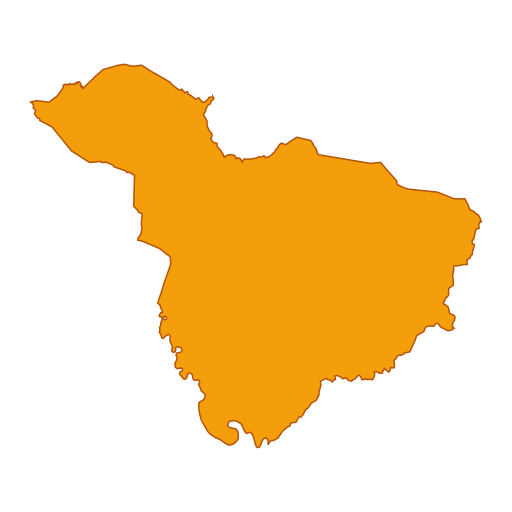 outline of Ia Pa, Gia Lai, Vietnam
{"feature_id": "81297802B8571934498047", "entity_name": "Ia Pa", "entity_type": "district", "adm_level": 2, "iso_a3": "VNM", "parent_name": "Vietnam", "parent_adm1": "Gia Lai", "projection": "natural_earth1", "projection_center": [108.51, 13.527], "detail": "fine", "context": "isolated", "style": "filled", "palette": "amber", "viewbox_px": 512, "rotation_deg": 0, "n_neighbors": 0, "source": "geoboundaries", "source_scale": "gbopen_adm2", "svg_char_len": 6022}
<svg xmlns="http://www.w3.org/2000/svg" viewBox="0 0 512 512"><path d="M268.2,444.8L269.6,442.0L270.7,440.7L273.7,440.5L278.5,437.6L279.0,435.8L280.1,435.0L282.1,431.7L287.7,426.7L289.8,426.2L290.6,423.5L292.2,422.7L295.6,422.4L296.3,421.9L298.7,417.0L299.3,416.7L300.7,417.2L301.2,417.0L302.1,415.6L303.2,414.4L305.5,409.8L308.3,407.8L311.0,403.4L316.2,400.3L319.0,394.8L319.0,391.9L321.0,385.0L320.3,381.8L321.8,380.5L326.4,378.4L327.9,379.8L330.0,379.9L332.3,382.0L333.7,380.1L335.4,379.4L335.0,375.9L336.8,375.6L337.9,375.7L341.1,377.3L342.7,378.9L345.8,377.8L348.4,380.4L351.2,381.2L355.7,378.3L357.6,375.9L358.9,375.2L359.4,375.4L361.0,377.1L361.6,379.3L362.3,379.8L366.5,378.9L367.8,379.7L369.5,379.1L371.8,379.8L372.6,379.6L373.5,378.4L374.5,375.8L374.7,373.6L374.2,372.3L374.4,371.8L376.1,371.4L379.2,373.1L382.3,373.2L382.6,372.9L382.7,370.8L383.7,369.9L384.2,368.5L388.6,372.1L389.5,371.4L390.9,367.6L394.1,367.9L394.4,366.8L394.3,362.9L393.9,360.4L396.0,358.7L397.7,355.5L401.5,355.1L403.4,354.1L405.0,352.6L407.0,352.6L408.2,352.0L409.7,352.0L415.1,340.4L416.5,336.0L420.2,333.4L423.6,331.8L424.1,331.1L424.5,329.1L426.2,326.8L428.7,326.0L433.8,326.3L435.6,323.7L436.9,323.4L437.6,323.5L439.0,324.6L440.1,326.5L440.9,326.9L441.4,327.6L444.6,328.7L445.8,329.9L447.5,330.5L449.0,330.7L452.9,329.4L453.2,328.7L454.1,328.2L452.9,327.2L452.4,326.0L452.8,322.8L454.6,320.2L455.0,317.1L454.8,316.3L453.0,314.6L451.1,314.4L449.6,313.1L448.6,308.4L447.8,306.6L445.4,304.7L443.9,304.2L443.1,302.6L444.7,301.2L445.0,299.1L445.9,297.7L447.5,296.6L448.6,294.8L448.8,293.9L448.5,291.9L448.7,289.1L449.1,288.2L452.8,285.6L453.3,285.0L453.2,279.6L452.5,275.6L453.2,274.1L453.2,272.1L453.8,269.6L453.7,266.7L454.1,265.7L454.6,265.5L456.1,265.9L457.8,265.8L463.6,264.5L467.2,264.5L467.3,263.2L466.7,260.2L469.8,258.1L470.8,256.0L472.2,254.6L472.6,250.9L473.7,248.1L474.4,244.7L474.3,244.4L472.6,243.9L472.2,243.5L472.0,241.3L473.8,238.8L475.6,230.4L477.1,228.8L479.2,228.1L478.7,225.2L479.0,223.7L480.2,222.1L481.3,221.9L479.8,217.5L478.5,215.3L472.8,210.8L470.3,210.1L469.1,207.8L467.9,204.3L466.3,201.7L465.1,198.9L454.1,198.8L437.2,192.1L408.8,189.2L404.1,187.9L397.6,184.7L397.0,184.1L396.9,181.6L396.3,180.4L385.8,168.7L380.7,162.4L370.4,163.4L318.7,154.7L317.7,154.3L317.1,151.8L315.7,148.2L313.8,146.0L312.9,143.6L310.7,140.5L298.2,137.5L296.7,137.3L288.4,142.7L286.3,144.4L285.0,144.4L281.6,143.2L280.8,143.4L278.8,145.3L278.1,147.5L276.4,148.8L274.5,152.0L271.2,155.2L269.1,156.5L265.5,157.8L264.4,156.0L263.8,155.7L262.2,156.8L258.9,156.8L256.3,158.0L251.7,159.0L244.3,159.1L243.5,159.5L242.3,161.9L240.1,158.5L238.3,157.8L236.0,158.7L235.9,157.5L235.1,156.1L233.7,155.1L229.9,154.6L227.1,155.2L224.3,157.2L222.9,153.9L220.1,149.6L217.6,147.1L217.2,145.8L217.1,143.7L216.6,143.2L213.5,142.5L212.6,141.6L211.1,139.0L211.0,138.2L212.0,135.9L211.8,133.4L209.5,131.2L207.1,126.1L207.0,120.9L204.0,115.7L203.7,114.6L203.9,113.4L205.5,111.5L205.6,109.9L207.6,105.5L210.2,103.8L211.3,101.2L213.7,99.0L213.8,98.4L212.7,96.3L212.6,97.2L209.2,97.2L208.0,99.2L205.1,101.8L203.6,102.4L201.8,101.6L198.7,97.7L196.4,99.2L195.5,99.1L190.9,95.5L188.1,94.1L188.0,92.8L187.2,91.6L185.1,93.0L181.8,89.1L181.5,89.3L181.2,90.3L178.6,89.7L172.3,84.9L170.5,82.6L168.9,81.5L150.1,70.7L141.8,65.2L132.8,66.3L125.0,64.5L123.0,64.4L119.0,65.1L103.4,69.4L95.6,76.1L83.1,88.4L82.6,88.1L82.5,86.3L82.2,86.4L81.8,87.2L81.1,86.9L81.3,85.9L80.5,85.4L80.8,83.7L79.3,81.8L77.8,81.9L77.6,83.2L76.9,82.5L75.6,82.8L75.2,83.3L75.4,84.1L75.2,84.5L72.2,83.9L71.1,84.5L69.7,83.5L69.3,83.7L69.0,84.7L67.7,84.5L66.9,85.1L65.3,84.1L64.2,85.0L63.3,85.0L63.3,87.4L58.5,94.4L56.8,96.3L48.8,102.2L37.0,100.6L30.7,102.0L32.6,103.6L33.5,105.1L33.3,108.2L34.8,109.2L35.5,110.3L35.2,112.0L34.5,113.3L34.7,114.2L36.8,117.0L37.8,118.1L39.6,118.6L39.9,120.6L52.0,126.9L71.6,151.0L89.4,162.4L98.0,161.8L99.9,161.3L100.4,161.4L101.1,162.3L102.7,162.6L105.6,162.0L112.9,165.1L114.0,166.6L115.2,167.3L125.6,170.8L126.3,171.3L126.8,172.5L128.4,172.3L130.0,172.6L131.7,173.4L132.1,174.2L134.5,175.2L133.7,206.2L137.6,210.2L138.5,212.0L140.4,213.2L141.7,213.4L142.2,214.4L141.3,223.6L141.4,225.1L142.1,226.6L141.3,232.1L140.0,235.7L138.2,237.7L137.9,240.2L142.1,241.1L158.6,248.1L162.3,250.4L164.0,252.3L170.3,256.7L170.7,264.2L164.2,282.8L162.7,288.2L157.7,303.0L160.2,305.4L160.6,307.8L161.8,309.7L162.4,312.3L162.3,312.6L160.7,312.8L159.3,315.1L159.3,316.3L160.3,317.0L162.6,316.8L164.0,317.3L165.1,316.1L165.6,316.2L166.4,317.4L166.4,319.2L165.8,319.6L164.3,319.6L163.1,318.4L162.1,318.6L161.7,320.6L161.0,322.3L160.7,325.2L159.6,327.8L159.9,330.4L159.3,332.5L160.6,334.1L161.7,337.5L162.4,338.4L163.8,338.1L165.1,336.5L167.4,334.8L168.6,334.5L169.9,335.2L170.2,336.3L170.0,341.3L172.4,346.7L172.3,348.1L171.7,350.6L172.2,351.7L173.6,352.3L175.0,351.9L175.6,350.7L175.8,347.4L176.8,346.9L179.4,347.1L181.0,348.0L181.8,349.1L181.8,350.8L180.8,352.3L177.1,352.8L176.2,353.9L176.1,355.2L176.9,357.3L177.0,358.4L176.7,359.9L175.1,363.1L175.0,365.0L175.4,367.1L176.7,368.6L181.5,368.0L182.5,368.8L182.4,370.6L179.8,372.3L179.6,373.8L180.3,375.1L181.4,376.0L183.3,378.7L184.6,379.3L186.0,378.7L187.1,376.7L187.5,374.3L188.5,373.2L189.3,373.0L191.1,373.6L192.3,374.6L193.0,378.8L193.7,379.9L195.5,380.3L198.6,380.0L199.7,380.8L199.7,382.1L198.9,383.2L198.7,384.7L200.1,387.4L201.0,390.2L201.4,390.9L205.4,394.7L204.2,398.9L203.6,399.7L199.9,401.9L198.8,403.0L198.9,408.7L199.7,414.3L201.5,420.5L207.9,431.7L210.6,434.5L216.0,437.9L220.1,439.6L225.2,443.3L227.7,444.6L228.8,445.0L231.0,444.9L233.8,443.7L236.4,441.5L238.0,439.3L238.4,435.0L237.9,431.8L237.0,430.2L235.3,428.7L229.7,427.6L228.0,426.2L227.6,425.4L228.6,422.6L229.4,421.6L230.3,421.1L234.8,420.7L237.4,421.5L241.0,423.9L241.9,425.1L244.4,430.8L245.6,432.7L247.2,433.4L248.8,432.5L250.0,432.3L251.9,433.6L253.7,437.7L255.5,444.9L257.0,447.3L258.5,447.6L259.4,447.2L260.6,445.1L262.3,440.7L263.9,438.6L265.0,438.0L266.6,438.2L267.6,439.6L268.1,441.7L268.2,444.8Z" fill="#f59e0b" stroke="#b45309" stroke-width="1.5"/></svg>